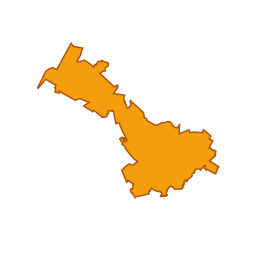 the district of Jocotitlán, México, Mexico, rotated 17°
{"feature_id": "50627088B17395030274981", "entity_name": "Jocotitlán", "entity_type": "district", "adm_level": 2, "iso_a3": "MEX", "parent_name": "Mexico", "parent_adm1": "México", "projection": "robinson", "projection_center": [-99.823, 19.716], "detail": "fine", "context": "isolated", "style": "filled", "palette": "amber", "viewbox_px": 256, "rotation_deg": 17, "n_neighbors": 0, "source": "geoboundaries", "source_scale": "gbopen_adm2", "svg_char_len": 5710}
<svg xmlns="http://www.w3.org/2000/svg" viewBox="0 0 256 256"><g transform="rotate(17 128 128)"><path d="M61.3,64.8L52.2,65.9L51.8,65.7L48.8,63.6L42.9,93.0L38.3,92.2L35.1,94.8L33.6,96.7L32.7,98.2L32.2,101.7L29.9,115.9L30.5,116.3L34.9,105.4L45.9,108.1L46.2,107.0L46.6,109.1L46.2,110.8L47.2,111.9L47.6,113.0L47.7,115.0L51.9,114.6L51.6,112.9L69.2,116.9L73.4,114.0L83.1,114.8L81.3,117.3L79.1,119.8L89.6,122.7L90.3,121.1L95.9,123.4L100.4,125.3L101.3,125.0L103.9,123.8L104.4,123.1L104.2,122.0L104.4,121.2L104.8,120.4L105.0,120.0L104.9,119.6L104.7,119.0L104.4,118.4L104.4,118.1L104.5,117.7L104.6,117.4L105.1,117.0L105.3,116.9L106.7,116.5L107.6,116.6L107.9,116.6L108.0,116.2L109.0,116.0L115.3,127.5L118.0,125.7L123.6,132.7L128.6,137.8L127.1,138.6L127.8,139.3L130.9,139.5L129.4,141.9L126.3,139.7L125.0,138.7L123.2,140.7L123.5,141.0L125.5,142.9L127.6,142.8L127.0,145.3L131.7,147.5L131.4,148.2L136.6,152.0L142.9,155.9L146.8,157.2L143.6,162.2L139.5,162.1L137.3,165.2L134.3,169.9L140.9,178.2L142.0,179.8L142.3,180.0L142.5,179.9L142.8,178.7L143.4,179.1L143.7,178.1L146.9,179.4L149.8,179.9L149.6,180.3L149.3,180.9L150.2,184.5L148.1,186.0L149.8,188.8L150.3,188.6L153.0,190.6L155.1,192.4L155.2,191.8L155.7,191.5L167.5,184.7L166.6,183.7L166.7,182.5L166.9,182.1L167.7,181.7L167.4,180.9L167.8,180.5L167.6,179.8L168.1,178.9L168.1,178.7L170.0,179.5L171.7,179.7L172.7,179.9L176.0,179.9L176.2,179.4L179.0,179.9L179.9,180.6L179.2,183.1L179.3,183.1L179.2,183.8L179.7,183.7L179.5,183.2L179.9,183.4L180.1,183.1L180.6,183.1L180.7,182.6L181.1,182.5L180.9,183.1L181.7,183.0L181.8,182.9L181.6,182.4L181.7,182.2L182.3,182.2L183.4,182.4L183.8,182.4L185.3,180.6L185.2,180.5L183.7,179.9L183.7,177.9L183.7,176.8L183.5,176.7L183.8,175.9L183.9,175.0L184.2,173.8L184.4,173.6L184.8,172.1L187.2,171.0L190.5,173.0L196.8,170.7L197.0,170.5L197.0,170.4L197.4,170.1L197.5,169.9L197.3,169.6L197.1,169.4L197.1,169.0L197.2,168.9L197.4,169.0L197.5,168.9L197.4,168.6L197.2,168.5L197.3,168.2L197.6,168.2L197.4,168.0L197.3,167.8L197.4,167.7L197.5,167.6L197.2,167.5L197.1,167.2L197.6,167.0L197.8,166.6L197.5,166.4L197.8,166.1L197.8,165.8L198.0,165.6L198.0,165.4L197.9,165.2L198.0,165.0L198.2,164.9L198.0,164.7L197.8,164.7L197.7,164.4L197.4,164.3L197.4,163.9L197.6,163.1L197.9,163.0L197.9,162.7L198.0,162.7L198.3,162.5L198.4,162.3L198.3,162.0L198.6,162.2L198.8,161.9L198.6,161.7L198.6,161.2L198.8,161.3L198.8,160.7L199.2,160.9L199.5,161.1L200.0,161.7L200.1,161.1L200.4,160.8L200.5,160.5L200.3,159.6L200.5,159.1L202.6,156.7L203.1,155.9L203.2,155.7L203.2,155.0L203.1,154.4L202.9,154.2L202.8,153.4L203.4,152.3L203.6,152.2L203.9,151.7L204.1,151.5L204.2,151.3L204.4,151.5L204.5,151.3L204.3,150.9L204.3,150.4L204.2,150.3L204.1,149.8L204.4,149.9L204.3,149.5L204.2,149.4L204.5,148.7L204.8,148.5L205.0,147.8L205.3,147.4L205.4,147.1L205.7,146.9L207.0,146.7L208.1,146.3L208.4,146.5L208.6,146.4L208.7,146.5L209.2,146.7L209.3,146.9L209.5,147.1L210.2,145.6L211.8,141.7L212.6,141.2L213.0,141.0L213.3,141.2L213.1,142.0L212.8,143.9L212.7,144.1L213.6,144.3L214.0,144.4L214.5,145.0L215.0,145.4L216.1,144.6L218.3,145.0L221.8,145.8L224.7,146.2L225.3,146.2L225.2,143.8L226.1,138.6L223.6,138.1L223.3,137.8L223.1,137.8L222.8,137.6L221.8,137.3L221.4,137.1L220.1,136.8L219.2,136.5L217.0,136.0L217.0,136.4L216.7,136.3L216.8,136.0L216.0,135.8L215.9,135.5L215.4,135.2L215.4,134.9L215.6,134.5L216.0,134.2L216.6,134.1L216.5,133.8L216.6,133.7L216.9,133.8L216.9,133.6L216.9,133.2L217.1,132.7L217.4,132.5L217.5,132.3L217.9,132.1L217.9,131.6L218.2,131.3L218.5,131.2L218.5,130.5L218.7,130.3L218.9,129.6L219.0,129.4L219.2,129.0L219.4,128.9L219.5,129.1L219.7,128.6L219.5,128.4L219.3,128.2L219.1,128.2L219.0,128.5L218.9,128.5L218.8,128.2L218.9,127.3L219.0,126.9L218.9,126.7L219.1,126.1L218.8,125.9L218.7,125.5L218.9,125.0L218.9,124.9L218.6,124.9L218.4,124.4L218.1,124.5L217.7,124.4L217.5,124.2L217.1,124.1L216.8,124.1L216.3,124.6L215.2,124.2L214.0,124.0L213.3,123.2L212.1,123.4L211.5,123.4L211.7,121.8L212.1,120.0L212.8,115.3L208.9,114.9L209.6,111.5L200.7,107.5L200.4,110.8L192.9,112.4L188.6,114.3L186.9,111.9L178.9,118.4L178.6,118.7L176.1,108.8L176.1,113.0L174.9,112.7L174.6,113.4L174.2,113.7L173.7,113.8L173.4,113.8L172.0,113.5L171.3,113.3L170.6,112.6L169.1,111.6L167.6,110.5L166.3,109.7L166.0,109.7L165.3,109.9L164.2,110.3L161.8,112.0L160.6,112.5L159.4,112.7L158.8,113.0L158.0,113.6L157.9,113.7L157.7,114.2L157.2,114.6L157.1,114.8L156.5,115.4L156.2,115.8L155.6,116.2L153.9,117.0L153.2,117.4L152.9,117.4L151.4,117.0L150.8,117.0L150.3,116.8L149.6,116.5L148.6,116.4L146.6,116.0L145.5,115.8L145.0,115.5L144.2,115.3L142.2,113.4L141.8,113.2L140.9,113.2L140.3,112.9L139.7,112.5L139.6,111.3L139.7,111.2L139.5,110.9L139.1,110.5L138.8,110.0L138.5,109.2L138.5,108.8L124.6,102.2L124.4,102.7L122.4,101.0L122.0,101.7L124.4,105.2L121.7,109.5L120.9,108.8L119.6,106.7L118.7,106.2L118.7,105.6L118.4,105.0L118.1,104.8L118.0,104.6L117.8,104.7L117.7,104.4L117.6,104.0L117.1,103.5L117.0,103.2L116.8,103.2L116.5,102.9L116.3,103.0L115.2,101.7L115.3,101.3L115.5,101.1L115.5,100.8L115.1,100.3L114.9,98.8L115.4,98.2L115.4,97.6L104.0,99.4L106.3,92.2L106.1,91.9L106.1,91.5L105.7,91.0L105.3,91.0L105.3,90.9L105.7,90.8L105.7,90.7L105.4,90.8L105.2,90.7L105.5,90.3L105.3,90.0L105.1,89.9L104.1,91.4L103.9,91.6L103.5,92.2L102.8,92.6L92.2,87.5L85.2,84.0L85.4,83.7L88.1,80.6L88.7,80.5L89.8,79.9L89.4,79.2L89.2,78.8L88.9,77.3L88.9,76.9L89.7,75.7L90.6,74.8L90.9,74.2L90.8,73.4L90.1,71.8L89.9,71.5L89.5,71.4L88.4,71.6L87.0,71.4L86.3,71.5L85.3,71.2L83.9,71.0L83.2,71.1L82.9,72.7L81.6,72.4L79.9,73.2L79.3,75.1L79.0,77.0L77.9,76.8L77.5,79.6L74.3,78.3L66.4,75.8L65.7,76.5L65.0,77.1L64.0,77.6L62.3,78.8L59.9,79.3L60.1,77.6L60.2,77.3L60.5,75.4L60.8,74.5L61.3,72.0L61.1,70.2L61.3,64.8Z" fill="#f59e0b" stroke="#b45309" stroke-width="1.5"/></g></svg>